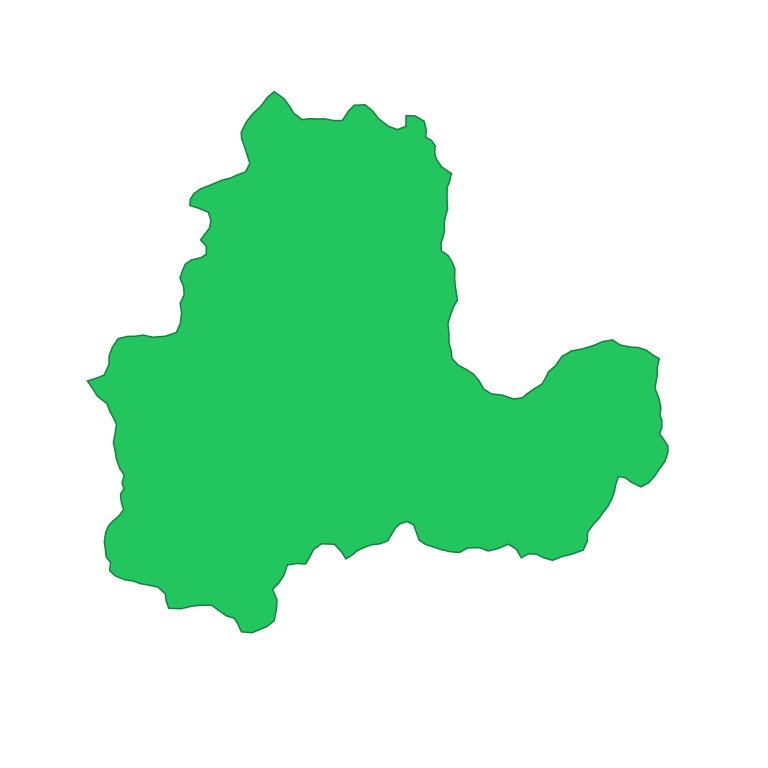 Nova Resende, Minas Gerais, Brazil (Natural Earth projection), rotated 101°
{"feature_id": "56859067B48705702609231", "entity_name": "Nova Resende", "entity_type": "district", "adm_level": 2, "iso_a3": "BRA", "parent_name": "Brazil", "parent_adm1": "Minas Gerais", "projection": "natural_earth1", "projection_center": [-46.418, -21.083], "detail": "fine", "context": "isolated", "style": "filled", "palette": "green", "viewbox_px": 768, "rotation_deg": 101, "n_neighbors": 0, "source": "geoboundaries", "source_scale": "gbopen_adm2", "svg_char_len": 3214}
<svg xmlns="http://www.w3.org/2000/svg" viewBox="0 0 768 768"><g transform="rotate(101 384 384)"><path d="M306.7,118.6L304.4,125.1L300.8,132.8L299.7,141.8L300.8,149.9L300.6,159.8L297.1,168.1L300.6,177.3L306.4,186.0L311.8,196.2L315.9,206.5L323.0,214.6L333.3,219.1L340.4,224.7L347.7,226.8L353.7,228.7L360.5,236.1L366.2,241.6L371.3,245.8L374.0,254.1L372.3,265.5L373.2,276.9L369.8,285.3L363.0,291.0L357.4,297.8L354.1,305.9L351.2,315.0L345.7,322.3L338.8,324.2L331.6,327.9L322.3,329.8L312.4,332.8L304.2,332.0L294.2,330.3L287.8,327.9L281.6,330.1L273.6,332.9L266.6,334.9L257.6,336.3L250.9,340.8L245.8,345.4L242.3,353.1L235.2,354.9L228.6,354.1L222.2,353.8L214.8,355.6L206.7,355.6L200.3,354.9L191.6,357.2L179.1,359.5L172.8,358.3L164.5,358.0L159.9,368.9L152.9,375.8L146.8,378.4L140.4,379.2L135.9,383.8L133.7,390.3L127.3,390.7L118.4,394.6L114.9,404.4L116.4,413.6L127.0,411.6L131.7,419.6L130.2,428.7L124.7,439.8L118.4,446.9L113.5,455.8L116.1,466.5L122.9,470.9L133.3,475.2L135.0,483.1L135.0,492.7L136.6,499.8L137.6,507.1L140.1,514.7L135.4,524.3L129.5,529.6L122.9,536.8L118.0,547.7L125.1,553.2L134.6,557.8L144.0,564.5L153.2,569.2L164.2,572.2L170.3,570.6L176.4,566.9L184.7,562.3L193.0,557.8L202.2,560.3L207.0,568.3L211.2,574.1L214.1,580.5L218.0,586.7L222.5,593.4L227.6,601.5L233.1,606.7L239.4,609.4L245.8,608.7L246.8,599.9L248.8,589.4L256.4,585.1L264.4,585.1L272.0,588.9L277.6,591.6L282.6,584.8L290.6,583.2L295.1,588.1L299.0,596.9L304.1,601.8L310.4,603.3L318.9,604.5L326.8,599.2L334.5,597.2L343.8,599.5L352.9,596.2L363.7,595.5L373.0,597.7L378.8,607.6L382.2,620.1L381.9,629.6L384.6,637.3L386.2,644.8L390.2,653.6L399.8,657.7L409.1,659.2L417.5,657.7L428.6,660.4L433.9,668.7L437.6,675.7L444.1,669.1L450.8,662.8L455.9,652.4L462.6,648.2L468.7,643.3L474.5,639.0L483.5,638.5L493.1,638.5L501.7,634.9L508.7,632.4L517.1,627.3L523.2,621.6L531.2,622.3L536.5,619.3L542.4,621.6L549.4,619.6L557.1,615.6L564.5,619.3L570.2,623.9L575.7,627.3L582.7,628.8L592.1,628.5L600.3,625.7L606.4,623.9L611.5,618.3L619.5,617.8L623.6,611.3L625.6,601.5L625.3,591.9L626.5,585.1L626.3,577.1L626.5,567.1L631.8,558.5L638.4,556.5L645.2,552.5L643.3,540.2L638.5,529.6L635.9,520.5L634.0,511.0L638.4,501.8L641.6,494.5L642.6,486.2L647.1,481.9L654.5,476.7L653.3,466.0L648.8,459.2L644.5,452.7L637.2,446.6L625.7,446.6L616.4,447.8L606.8,454.2L599.5,449.3L591.4,445.9L580.1,444.3L576.8,435.2L575.6,426.5L567.6,423.8L559.8,421.6L552.7,414.6L550.8,402.0L557.2,393.3L562.9,388.1L558.4,383.0L552.9,378.6L547.8,371.6L544.1,365.5L541.7,357.5L537.2,350.3L529.8,347.7L523.2,345.4L518.0,341.5L514.5,334.7L516.7,327.9L524.5,323.3L530.6,319.6L533.5,312.8L534.5,304.8L535.7,296.0L536.0,287.1L535.0,277.8L529.0,270.5L526.4,259.1L528.0,249.9L524.1,241.2L517.5,231.4L521.0,222.5L528.4,216.0L523.2,209.9L521.9,201.9L524.2,193.6L524.9,184.8L519.6,176.8L515.9,168.5L509.1,156.8L499.5,154.4L490.8,155.9L481.3,151.5L475.4,147.6L469.7,145.0L461.1,140.8L453.3,138.4L445.4,137.3L437.7,137.3L430.0,136.1L430.0,128.9L433.2,122.6L436.0,112.2L430.9,105.7L423.5,101.1L416.3,98.1L406.5,93.5L396.7,92.3L390.6,93.5L385.8,98.1L380.3,103.9L373.6,103.0L367.2,104.2L361.5,107.2L354.7,107.6L346.0,111.2L336.5,117.2L323.3,117.5L315.7,119.0L306.7,118.6Z" fill="#22c55e" stroke="#15803d" stroke-width="1.5"/></g></svg>